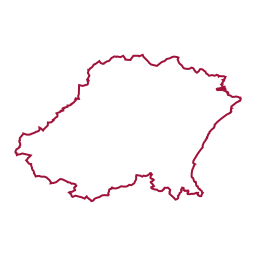 Gorey Lea-6, Wexford, Ireland
{"feature_id": "5873133B62102749120694", "entity_name": "Gorey Lea-6", "entity_type": "district", "adm_level": 2, "iso_a3": "IRL", "parent_name": "Ireland", "parent_adm1": "Wexford", "projection": "robinson", "projection_center": [-6.324, 52.694], "detail": "fine", "context": "isolated", "style": "outline", "palette": "rose", "viewbox_px": 256, "rotation_deg": 0, "n_neighbors": 0, "source": "geoboundaries", "source_scale": "gbopen_adm2", "svg_char_len": 5798}
<svg xmlns="http://www.w3.org/2000/svg" viewBox="0 0 256 256"><path d="M21.7,135.6L21.4,136.3L20.0,137.7L19.7,138.8L20.0,140.1L19.6,140.8L19.3,140.9L19.3,141.9L20.1,143.2L20.3,145.0L19.4,146.5L19.7,147.0L18.3,148.3L16.4,149.4L15.8,150.6L15.4,151.9L15.7,152.1L15.8,152.9L16.7,153.2L16.6,154.3L16.9,155.1L18.1,154.5L20.0,154.3L22.3,153.5L30.8,155.4L30.1,156.3L27.8,158.2L27.2,159.5L26.2,160.3L27.2,161.3L27.1,161.5L28.1,162.4L28.6,163.4L29.3,163.8L31.2,164.1L31.2,165.8L32.0,167.5L32.0,168.7L32.7,170.1L33.3,170.5L34.1,172.6L33.9,173.2L34.9,174.6L35.7,176.5L37.0,176.1L39.4,176.0L40.9,176.6L44.7,176.7L46.5,177.5L49.7,180.3L50.1,181.2L50.8,182.0L50.9,182.9L50.7,183.3L53.2,183.0L56.2,182.2L59.5,179.5L60.8,179.0L63.0,179.6L67.1,181.6L67.7,181.9L67.7,182.2L70.1,182.6L71.8,183.8L72.7,183.5L75.3,184.2L75.6,184.4L75.7,185.2L76.3,185.8L76.1,186.1L75.7,186.1L75.3,186.9L74.6,187.1L74.1,187.9L74.6,189.2L75.2,190.0L75.1,190.3L73.6,190.8L72.8,191.5L72.0,191.8L70.4,191.9L69.0,192.5L70.0,193.5L71.1,194.0L71.7,196.2L72.6,196.9L75.4,195.7L81.7,197.3L84.7,198.6L86.1,196.8L86.7,196.4L87.3,197.6L88.8,198.5L89.3,199.3L90.6,199.8L91.3,201.1L92.4,200.9L93.6,200.3L93.8,199.6L94.9,198.6L96.2,198.0L99.6,197.0L101.3,195.8L102.3,195.4L104.9,195.1L108.0,195.4L108.7,194.7L108.2,193.4L109.1,191.1L109.2,189.6L109.8,189.2L111.6,188.7L111.8,188.5L111.7,187.6L112.2,187.5L113.1,188.2L115.6,188.5L119.0,187.5L120.6,186.5L121.8,186.3L123.5,186.6L126.2,186.5L127.5,186.1L129.2,184.8L131.2,185.2L134.1,183.4L136.2,179.0L136.1,176.6L136.4,175.1L140.6,175.7L141.2,176.2L142.3,176.6L143.7,175.6L145.2,176.1L146.7,175.8L147.2,175.4L147.9,175.3L148.6,174.5L149.6,174.2L149.8,173.7L150.1,173.6L150.1,173.2L150.4,173.1L151.0,173.2L151.9,174.6L150.9,175.6L150.4,177.8L151.2,178.6L152.9,179.1L153.7,179.9L152.5,181.1L150.8,181.9L150.7,182.2L151.0,182.7L152.6,184.2L153.0,185.0L153.4,185.2L153.9,186.2L151.3,187.2L151.2,187.8L152.2,188.5L152.4,188.8L153.4,188.8L154.4,189.4L155.6,189.6L156.8,189.6L158.3,190.7L159.2,191.1L160.2,191.1L161.3,191.1L162.2,190.8L162.5,190.2L163.3,189.8L163.3,189.4L164.0,189.1L164.2,188.2L164.8,187.7L166.6,187.9L167.9,187.6L170.2,189.9L170.1,190.9L169.5,191.7L169.8,192.7L169.4,193.2L169.6,193.9L173.9,197.8L175.5,199.6L176.5,199.3L177.8,198.5L178.0,198.1L178.3,197.2L178.0,196.1L178.3,196.0L178.6,195.1L179.3,194.7L179.6,193.1L180.9,192.2L181.4,191.6L181.5,190.6L181.1,190.3L181.1,189.7L182.2,187.6L183.6,188.0L183.7,190.0L184.2,190.2L184.6,190.8L185.3,190.5L186.2,191.0L186.9,190.6L188.2,190.6L188.5,191.7L187.4,193.3L187.8,194.1L189.7,194.2L192.2,193.7L192.6,193.9L194.1,193.8L196.2,192.9L197.9,192.9L197.4,194.2L197.9,195.0L198.3,194.8L198.6,195.4L199.5,196.1L201.2,196.1L201.9,194.1L202.8,192.8L202.1,192.4L201.6,190.8L200.0,189.8L199.7,188.9L199.2,188.9L198.4,188.4L197.7,186.3L197.1,186.3L196.4,185.8L195.9,183.2L195.9,182.1L195.7,181.8L194.7,181.9L194.1,181.3L193.1,178.1L192.0,177.4L191.6,176.6L191.7,173.2L192.3,169.7L193.4,167.5L193.5,166.7L194.4,165.3L194.2,165.0L194.4,164.1L194.7,164.0L193.3,163.1L193.2,162.2L193.5,160.7L198.1,153.2L201.2,149.0L202.7,147.4L202.6,145.7L203.9,142.5L205.6,140.4L205.6,139.9L206.4,138.8L207.2,138.2L207.2,137.9L206.8,137.6L206.9,137.1L207.9,135.8L208.0,134.8L208.6,134.1L208.6,133.7L209.5,132.9L209.4,132.1L211.7,129.6L214.1,127.6L214.2,126.8L214.7,126.1L214.6,124.8L217.2,122.1L220.7,119.1L226.7,114.6L229.4,113.3L229.7,112.9L230.2,112.9L230.5,112.6L231.0,112.1L230.9,111.7L231.3,111.4L231.3,111.1L230.9,110.8L230.9,110.0L231.2,109.4L231.0,108.8L231.1,108.2L231.4,108.1L231.2,108.0L231.5,106.4L236.8,102.2L239.3,101.2L239.3,100.9L240.1,100.7L240.6,99.9L240.3,98.9L240.6,98.6L240.1,98.1L240.2,97.7L239.5,97.8L238.6,97.1L236.1,96.5L234.1,96.9L232.2,96.9L230.4,95.5L228.1,95.0L227.5,93.6L228.3,93.0L228.0,92.6L226.9,92.1L227.1,91.8L222.1,89.8L220.6,90.1L219.8,89.9L217.6,90.1L216.9,89.7L216.8,88.9L217.4,88.6L218.3,88.5L218.8,88.8L219.6,88.7L219.5,88.3L220.6,87.9L221.0,88.2L221.6,88.1L221.9,88.3L222.4,88.0L222.8,88.3L224.3,88.1L224.5,88.7L225.4,89.0L225.3,88.4L224.3,88.1L224.5,86.7L223.2,86.7L222.5,86.4L222.4,86.6L221.7,85.0L221.2,84.5L221.9,83.9L222.6,83.8L222.3,82.6L223.9,80.8L222.8,79.9L224.4,79.3L225.5,76.9L223.8,76.3L220.4,76.2L219.0,75.9L218.6,76.4L218.1,75.3L216.7,74.8L215.7,75.4L214.5,75.7L212.1,75.1L209.0,75.7L207.3,74.0L206.2,73.5L205.4,71.6L203.5,70.4L203.0,69.7L201.3,69.1L200.1,69.1L198.7,71.3L196.9,72.7L195.3,71.5L194.9,70.6L194.1,69.8L193.5,68.5L193.0,68.1L191.5,67.6L190.0,68.5L188.9,68.9L186.7,68.9L184.1,68.4L183.0,67.4L181.8,65.4L179.8,63.8L179.0,62.7L177.7,59.7L177.7,59.2L178.3,58.3L178.5,57.6L176.9,57.0L174.7,56.7L173.5,56.7L171.8,57.2L170.2,58.2L166.6,59.0L165.0,60.7L164.3,61.2L162.8,61.6L161.4,62.3L156.9,65.9L151.1,64.5L149.2,62.9L148.5,61.8L143.9,57.2L143.3,56.5L142.7,54.9L139.1,56.3L138.5,55.8L133.4,55.8L130.9,59.1L130.5,60.0L125.3,59.6L125.2,58.6L123.2,55.8L120.5,57.1L117.0,56.5L116.4,56.9L114.5,56.4L111.5,58.0L109.2,60.8L106.6,61.6L104.1,63.2L103.7,63.8L102.4,63.7L100.9,63.1L100.1,62.4L99.4,61.1L95.1,64.2L94.8,64.1L93.7,64.7L92.5,66.6L91.0,68.0L89.9,68.5L89.5,69.5L88.9,70.0L88.3,69.9L88.4,71.1L87.9,72.9L89.4,75.7L87.7,78.9L88.4,80.2L87.3,80.0L88.1,82.6L87.6,84.5L82.8,85.9L79.1,85.1L78.8,94.4L78.2,95.9L78.4,97.6L78.9,98.9L76.4,98.8L76.4,98.5L75.8,98.3L75.2,99.4L75.7,100.5L74.3,101.6L73.9,102.4L71.2,104.1L71.4,104.4L70.6,105.0L69.4,105.5L67.5,105.5L67.5,106.8L63.6,107.9L64.0,108.5L62.5,109.1L63.2,110.5L62.2,110.9L60.8,110.9L60.9,111.3L60.1,112.0L56.5,113.3L57.5,114.9L57.3,116.6L55.9,117.4L54.0,119.2L53.0,119.8L53.5,120.4L51.2,122.3L48.9,122.6L47.9,122.5L47.8,125.4L43.8,129.3L43.0,130.5L41.2,128.6L39.4,127.6L39.6,129.6L39.0,130.6L38.0,131.3L35.8,131.9L35.2,132.4L32.8,133.4L31.1,133.9L30.6,134.4L29.4,134.6L26.9,134.7L23.3,133.5L23.3,134.1L21.7,135.6Z" fill="none" stroke="#9f1239" stroke-width="2"/></svg>